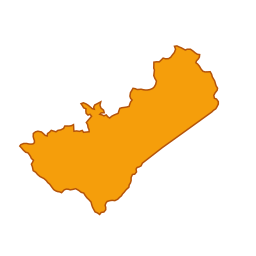 São Cristóvão do Sul, Santa Catarina, Brazil (orthographic projection), rotated 323°
{"feature_id": "56859067B10405693050074", "entity_name": "São Cristóvão do Sul", "entity_type": "district", "adm_level": 2, "iso_a3": "BRA", "parent_name": "Brazil", "parent_adm1": "Santa Catarina", "projection": "orthographic", "projection_center": [-50.36, -27.292], "detail": "fine", "context": "isolated", "style": "filled", "palette": "amber", "viewbox_px": 256, "rotation_deg": 323, "n_neighbors": 0, "source": "geoboundaries", "source_scale": "gbopen_adm2", "svg_char_len": 2873}
<svg xmlns="http://www.w3.org/2000/svg" viewBox="0 0 256 256"><g transform="rotate(323 128 128)"><path d="M53.3,180.0L55.8,179.3L58.2,180.6L61.0,179.9L62.5,177.9L63.2,176.0L64.9,174.8L67.2,174.1L70.0,175.2L71.9,176.3L73.8,178.1L76.9,178.7L79.6,178.3L82.0,178.2L83.8,177.4L86.2,177.0L89.2,176.2L91.1,176.0L92.9,175.9L94.8,174.1L96.9,173.3L98.8,171.9L100.7,169.4L103.6,167.8L105.6,168.9L108.4,168.2L109.7,165.7L111.5,165.0L113.3,165.7L115.7,166.1L118.3,164.7L143.6,164.3L169.4,164.9L202.9,165.6L204.8,165.6L206.9,165.3L209.6,165.5L211.6,164.7L214.5,163.3L216.0,161.3L216.1,158.1L214.9,156.3L216.1,153.6L218.6,152.4L221.9,151.5L223.5,150.1L223.7,147.4L224.5,145.2L225.5,142.6L225.8,140.3L226.1,137.9L227.1,135.4L227.5,132.5L225.2,131.0L223.3,129.6L222.0,127.8L221.8,124.9L222.2,121.7L222.1,118.9L221.5,116.7L223.0,115.6L225.9,115.1L227.7,114.3L229.4,112.5L227.8,110.9L226.9,108.5L226.3,105.8L225.3,102.7L222.7,100.7L220.7,100.2L219.7,98.0L218.8,96.0L217.4,93.7L216.5,91.9L214.3,90.7L213.4,93.7L210.5,95.6L207.7,96.3L204.7,97.2L202.1,97.0L199.6,95.3L198.1,93.3L195.4,93.7L192.8,94.0L190.8,92.4L188.3,91.0L186.2,93.7L184.6,95.7L184.0,97.6L182.2,99.5L180.1,101.7L179.3,104.7L179.0,107.6L176.4,109.8L173.7,111.0L171.4,111.2L168.7,110.5L166.5,109.4L164.7,108.1L163.3,106.7L161.8,104.9L160.0,103.8L158.4,102.7L157.4,100.9L155.9,99.3L153.6,100.3L151.3,101.2L148.7,103.7L147.9,106.0L148.1,108.1L145.7,108.8L143.5,110.2L141.9,111.4L139.6,110.5L137.4,109.3L135.3,108.1L133.3,107.4L131.1,108.8L128.9,110.4L126.5,109.7L124.5,109.2L122.0,108.8L119.4,109.0L118.6,106.9L118.5,104.4L116.1,103.8L115.2,102.0L113.7,100.1L115.7,99.8L118.2,101.5L119.2,99.0L118.4,95.8L119.3,92.9L122.0,90.7L118.8,90.2L115.3,89.6L113.1,90.7L112.4,92.7L111.0,90.9L110.5,88.5L109.9,85.9L109.0,83.5L107.5,81.0L105.1,80.3L105.0,82.8L104.7,85.2L106.0,87.3L104.4,89.3L103.4,91.1L103.8,93.6L105.9,94.2L106.0,96.7L103.4,97.3L100.6,97.9L98.0,98.5L97.8,100.9L96.4,103.6L95.9,105.9L94.7,107.6L92.0,106.0L89.9,104.7L90.0,102.4L87.2,101.5L85.2,99.4L82.9,98.1L83.8,96.5L85.4,94.2L86.5,92.5L84.1,92.1L82.0,90.9L80.3,89.6L78.7,88.4L76.3,89.6L73.1,89.0L70.6,87.7L68.2,87.7L66.8,85.8L65.3,83.7L62.9,84.1L60.4,84.0L58.6,85.7L57.4,84.0L57.1,81.9L56.5,79.1L54.1,76.3L51.8,75.4L49.1,75.4L47.1,77.8L46.3,79.7L45.7,81.7L44.4,83.4L42.5,83.5L40.8,82.5L39.2,81.1L37.8,79.4L35.4,77.6L32.4,76.8L30.7,77.3L31.0,80.0L31.1,82.8L31.7,85.8L33.1,87.5L33.2,89.6L33.0,92.0L32.5,94.2L33.1,96.9L31.0,98.0L29.1,98.7L28.3,101.4L26.6,105.0L27.7,107.9L27.8,110.7L28.5,113.8L30.5,117.9L31.1,120.8L31.1,123.4L31.7,125.9L31.6,128.9L31.6,132.5L32.4,134.6L33.5,136.4L35.0,137.9L36.0,139.7L40.0,139.0L42.0,139.7L43.5,141.0L44.6,142.6L46.9,143.8L49.7,145.0L51.1,148.2L51.9,151.2L53.5,153.3L53.2,156.1L53.2,159.0L53.7,162.1L53.9,165.0L52.9,167.3L52.0,170.0L51.5,173.1L51.2,175.2L52.5,177.4L53.3,180.0Z" fill="#f59e0b" stroke="#b45309" stroke-width="1.5"/></g></svg>